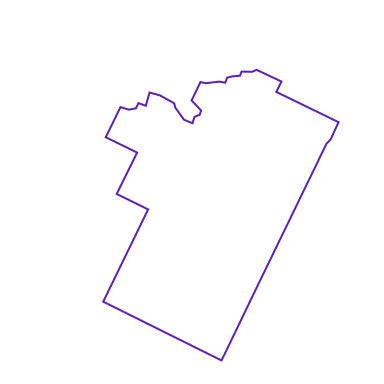 outline of Oneida, Idaho, United States of America, rotated 296°
{"feature_id": "52423323B61185328632609", "entity_name": "Oneida", "entity_type": "district", "adm_level": 2, "iso_a3": "USA", "parent_name": "United States of America", "parent_adm1": "Idaho", "projection": "albers", "projection_center": [-112.403, 42.25], "detail": "fine", "context": "isolated", "style": "outline", "palette": "violet", "viewbox_px": 384, "rotation_deg": 296, "n_neighbors": 0, "source": "geoboundaries", "source_scale": "gbopen_adm2", "svg_char_len": 779}
<svg xmlns="http://www.w3.org/2000/svg" viewBox="0 0 384 384"><g transform="rotate(296 192 192)"><path d="M54.5,160.3L53.5,292.3L59.7,292.4L80.5,292.3L88.6,292.3L89.1,292.3L103.3,292.2L116.6,292.1L140.2,292.0L158.5,292.0L217.3,291.9L236.5,291.8L272.7,291.8L280.4,291.7L294.1,291.7L300.0,293.5L302.6,293.5L302.8,293.5L319.0,293.1L318.9,223.9L330.5,224.0L330.1,196.5L326.4,193.4L322.0,183.8L317.5,184.1L313.7,177.7L310.2,173.5L304.8,174.0L303.3,168.4L295.9,156.8L294.5,151.4L274.1,151.5L269.3,164.4L264.7,165.1L260.6,161.3L254.0,162.3L253.5,153.0L260.6,139.9L263.9,137.1L264.8,120.9L262.8,110.2L249.3,112.7L248.4,104.9L242.6,104.9L238.3,99.1L237.0,90.5L226.6,90.5L203.4,90.5L203.4,125.4L157.2,125.2L157.1,160.2L54.5,160.3Z" fill="none" stroke="#5b21b6" stroke-width="2"/></g></svg>